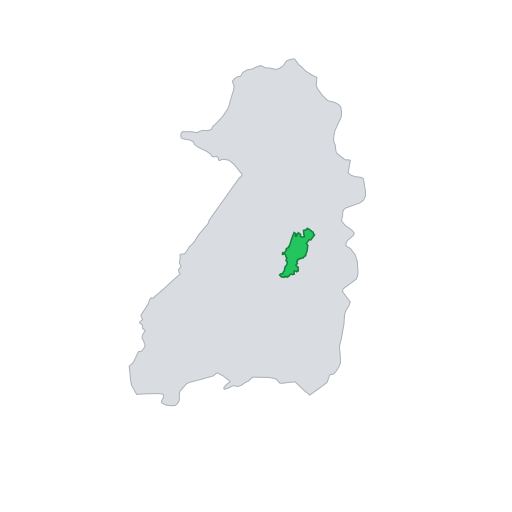 location of Passore, Passoré, Burkina Faso, rotated 126°
{"feature_id": "67063806B82563699600395", "entity_name": "Passore", "entity_type": "district", "adm_level": 2, "iso_a3": "BFA", "parent_name": "Burkina Faso", "parent_adm1": "Passoré", "projection": "albers", "projection_center": [-2.033, 12.893], "detail": "fine", "context": "in_parent", "style": "filled", "palette": "green", "viewbox_px": 512, "rotation_deg": 126, "n_neighbors": 0, "source": "geoboundaries", "source_scale": "gbopen_adm2", "svg_char_len": 7873}
<svg xmlns="http://www.w3.org/2000/svg" viewBox="0 0 512 512"><g transform="rotate(126 256 256)"><path d="M370.3,314.4L358.4,315.0L354.1,316.3L351.5,316.4L351.4,315.3L351.1,314.7L336.1,311.2L325.6,309.1L314.9,306.8L314.3,309.0L312.8,310.5L310.5,310.6L308.9,310.2L307.8,312.0L306.1,314.3L303.6,315.4L301.2,316.8L299.9,318.1L298.9,318.1L296.4,315.2L293.2,314.9L287.2,315.4L284.4,314.7L280.7,314.3L272.0,314.9L257.9,313.8L255.7,314.4L255.1,314.9L241.2,315.1L225.9,315.2L213.1,315.4L202.0,315.4L202.0,314.9L198.4,314.9L198.0,315.8L194.8,327.5L194.4,333.9L196.1,337.9L197.9,340.4L200.1,341.4L200.3,342.8L198.6,344.7L198.7,346.5L200.7,348.5L201.2,350.5L200.2,352.6L200.4,357.8L201.9,365.9L201.9,371.2L200.5,373.6L201.1,377.7L203.9,383.5L204.4,386.0L203.4,387.1L201.1,388.6L198.7,388.6L196.1,385.0L194.9,383.5L192.7,379.9L190.8,376.3L188.3,374.7L185.9,373.2L182.9,368.7L180.0,366.5L176.9,367.1L172.5,366.2L163.4,365.0L153.8,365.3L149.7,366.3L145.7,368.0L135.6,371.5L131.6,373.3L128.6,377.8L125.2,377.7L121.7,376.2L119.6,374.1L115.0,374.5L110.6,372.5L106.3,368.5L103.2,367.1L99.2,364.2L98.1,358.8L95.6,354.9L93.4,349.6L89.9,347.1L85.9,345.8L80.3,346.0L76.7,343.8L73.9,340.7L74.7,338.0L76.0,334.2L76.2,330.5L77.2,324.5L76.7,317.0L75.8,311.8L78.9,309.7L82.5,307.8L84.7,304.2L87.1,296.3L88.1,289.4L87.4,286.9L86.3,284.8L85.4,281.9L84.9,278.2L85.6,275.1L88.3,272.2L91.7,269.8L94.0,268.6L100.3,267.5L108.2,265.8L112.8,263.7L116.1,261.7L117.9,260.1L119.9,256.8L122.9,254.2L125.3,251.6L125.7,244.3L125.7,240.2L124.0,237.9L123.1,235.9L134.7,230.3L134.8,226.3L133.2,221.7L131.0,218.1L130.2,215.0L133.4,211.3L136.3,208.6L138.4,206.3L143.0,202.7L147.7,201.8L152.0,203.2L164.6,211.7L166.8,212.3L169.5,211.6L172.8,209.4L177.2,207.7L178.8,202.1L178.7,193.8L179.7,190.0L182.0,189.3L189.2,191.0L191.1,191.1L193.2,190.5L194.8,189.1L194.7,186.4L194.4,184.1L196.8,176.4L201.1,170.6L209.9,163.4L212.6,162.0L215.8,161.3L231.4,166.2L234.0,165.0L237.8,152.7L242.0,151.5L247.1,151.3L250.4,150.3L252.2,149.4L259.6,144.7L272.7,138.4L279.7,135.6L281.1,134.6L286.1,130.1L292.8,124.8L297.0,123.8L302.9,123.4L306.6,124.2L307.7,125.7L308.9,126.4L316.6,124.2L327.6,127.6L337.2,130.9L336.6,133.1L336.6,137.0L335.8,143.1L334.9,150.4L338.9,155.1L343.7,160.1L344.9,162.1L343.7,167.1L344.6,170.0L347.2,174.9L351.5,181.1L355.9,187.4L359.0,188.2L361.9,188.7L363.6,189.8L366.2,190.9L368.7,191.6L371.0,193.0L372.4,194.3L374.3,198.3L379.2,200.8L382.7,203.3L381.3,204.7L377.0,204.2L373.0,203.1L372.5,205.0L372.4,212.2L373.1,218.3L374.1,219.0L378.1,220.1L387.9,227.8L396.8,235.1L399.8,237.0L404.7,237.6L410.1,237.9L412.4,237.2L417.6,233.3L420.4,232.9L423.0,233.0L424.4,233.5L427.0,236.5L429.5,241.1L430.2,244.5L430.0,246.3L429.2,247.0L424.9,247.9L423.0,248.7L422.6,249.7L423.3,251.9L424.2,253.4L429.0,259.9L436.0,268.8L438.1,271.0L437.0,273.7L433.6,280.8L431.0,283.7L419.7,293.8L414.0,292.7L402.2,294.9L400.4,292.6L397.6,292.4L394.2,292.8L393.0,293.7L392.6,294.7L391.4,296.0L389.3,300.0L387.6,301.0L385.5,301.6L382.9,301.6L381.4,302.1L381.4,304.1L381.0,305.8L379.2,306.6L378.5,308.5L378.7,310.4L377.7,311.3L375.4,310.8L374.1,310.3L372.9,312.7L371.4,314.4L370.3,314.4Z" fill="#d9dde1" stroke="#a8b0b8" stroke-width="1"/><path d="M207.3,232.6L209.7,230.6L210.5,229.9L210.7,229.7L210.8,229.5L210.8,229.4L210.8,229.2L211.2,228.8L211.3,228.6L211.6,228.4L211.6,228.5L211.8,228.5L212.1,228.7L212.5,228.7L212.8,228.8L213.3,229.3L213.4,229.8L213.5,230.0L214.2,231.5L213.8,231.8L212.5,232.4L212.4,232.5L212.3,233.4L212.2,234.2L212.2,234.6L212.4,235.3L212.5,235.4L212.5,235.5L212.7,235.4L212.8,235.4L213.0,235.3L213.3,235.2L213.5,235.2L213.8,235.2L214.1,235.1L214.6,235.1L215.1,235.1L215.6,235.0L216.1,235.0L216.7,235.0L216.8,235.1L216.7,235.7L216.6,235.9L216.4,236.1L216.3,236.3L215.9,236.4L215.1,236.5L214.9,236.5L214.6,236.5L214.5,237.6L214.6,238.2L214.6,238.9L214.6,239.0L217.9,238.2L221.7,237.1L222.9,236.7L223.6,236.4L227.4,235.1L229.4,235.1L229.5,234.9L229.7,234.7L229.9,234.7L230.0,234.8L230.8,235.1L231.4,235.4L231.9,235.6L232.0,235.7L232.3,235.5L232.5,235.7L233.1,235.5L233.1,235.3L233.1,235.2L233.5,234.8L234.0,234.8L234.4,234.8L235.1,235.0L236.0,234.9L236.4,234.9L237.1,234.8L237.4,235.0L237.7,235.3L237.5,235.5L237.4,236.0L237.2,236.1L237.3,236.1L237.3,236.3L237.6,236.4L237.9,236.3L238.4,236.0L239.2,235.5L239.0,235.2L238.8,235.0L238.7,234.9L238.4,234.9L238.3,234.7L238.0,234.5L237.8,234.3L237.7,234.1L237.7,233.9L237.6,233.5L237.7,233.2L237.7,232.9L237.8,232.6L238.0,232.4L238.8,231.6L239.0,231.3L239.1,231.0L239.2,230.8L239.2,230.5L239.3,230.2L239.5,229.8L239.6,229.7L239.8,229.7L240.2,229.6L240.4,229.6L240.7,229.5L240.8,229.4L241.0,229.4L241.4,229.4L241.7,229.2L242.0,229.0L242.2,228.8L242.3,228.5L242.3,228.4L242.2,228.1L242.2,227.7L242.3,227.4L242.6,227.2L242.8,226.9L243.0,226.8L243.5,226.6L244.3,226.2L244.8,226.1L245.5,225.9L245.9,225.9L247.1,226.1L247.5,226.1L247.9,226.0L248.3,225.9L248.6,225.8L249.2,225.5L249.4,225.3L249.9,225.1L250.2,225.0L251.4,224.3L251.5,224.4L251.9,224.5L252.3,224.5L253.3,224.3L253.7,224.3L253.9,224.3L254.1,224.3L254.3,224.3L254.6,224.2L254.8,224.2L254.9,224.4L255.4,225.0L255.8,225.4L256.0,225.5L257.2,225.8L257.4,225.8L257.5,225.8L257.5,225.7L257.5,225.4L257.8,224.5L257.9,224.0L258.0,223.5L257.9,223.0L257.8,222.7L257.7,222.5L257.5,222.4L257.3,222.0L257.2,221.9L257.2,221.5L257.1,221.3L256.9,221.2L256.7,221.1L256.9,221.0L256.8,220.8L256.7,220.7L256.4,220.8L256.2,220.8L255.8,220.7L255.7,220.4L255.6,220.2L255.5,219.9L255.4,219.8L255.3,220.0L255.2,220.2L255.0,219.9L255.2,219.7L255.3,219.6L255.2,219.2L254.9,219.1L254.7,218.9L254.6,218.6L254.6,218.3L254.6,218.1L254.3,217.9L254.1,217.9L253.8,217.9L253.6,218.1L253.3,217.9L252.8,217.5L252.6,217.5L252.2,217.6L251.7,217.6L250.7,217.3L250.4,217.3L250.2,217.1L250.1,216.8L249.7,216.3L249.7,216.0L249.5,215.8L249.4,215.5L249.4,215.3L249.0,215.2L248.9,215.2L248.6,214.8L248.5,214.6L248.3,214.4L247.7,215.0L246.8,215.4L246.8,215.5L246.7,215.6L246.3,215.8L246.1,215.9L245.9,215.9L245.8,216.1L245.8,216.3L245.7,216.3L245.7,216.1L245.6,215.9L245.4,215.7L245.1,215.5L244.7,215.2L244.6,214.8L244.9,213.9L244.5,213.7L244.3,213.8L244.1,213.8L244.0,213.6L243.8,213.4L243.8,213.2L243.7,213.1L243.2,213.2L242.7,213.5L242.4,213.6L241.6,214.4L241.3,214.8L241.2,214.9L241.1,215.0L240.9,214.9L240.6,215.0L240.3,215.1L240.3,215.4L240.3,215.8L240.4,216.2L240.4,216.6L240.3,217.1L240.2,217.4L240.3,217.9L240.2,218.0L239.7,218.4L239.3,218.4L239.2,218.4L238.9,218.4L238.7,218.3L238.2,218.2L237.9,218.1L237.7,218.1L237.6,218.3L237.5,218.5L237.4,218.7L237.2,219.2L236.9,219.4L236.6,219.5L236.6,219.4L236.4,219.4L236.3,219.6L236.3,219.8L235.9,219.9L235.7,220.0L235.5,219.9L235.3,219.8L235.2,219.7L234.9,219.8L234.8,220.1L234.7,220.2L234.4,219.9L234.2,219.7L233.9,219.7L233.7,219.6L233.4,219.4L232.9,219.2L232.8,219.3L232.7,219.5L232.5,219.4L232.5,219.0L232.5,218.9L232.4,218.7L232.1,218.6L231.8,218.6L231.6,218.4L231.5,218.1L231.3,217.9L231.2,217.9L230.8,217.7L230.5,217.7L230.3,217.6L230.2,217.4L230.2,217.2L230.1,216.9L229.9,217.0L229.7,217.0L229.6,216.9L229.5,217.0L229.3,217.0L229.1,216.9L229.0,216.7L228.9,216.7L228.6,216.7L228.0,216.7L227.9,216.6L227.7,216.4L227.3,216.4L227.2,216.2L226.9,216.1L226.7,216.1L226.4,216.0L226.2,216.1L225.9,216.4L225.6,216.6L224.9,216.8L224.6,216.9L221.7,217.7L220.5,218.4L216.9,220.4L216.7,221.0L216.8,221.1L216.2,222.6L213.9,222.6L211.5,222.6L211.2,221.8L210.8,221.1L206.9,221.1L204.6,221.0L204.6,221.6L204.6,222.0L204.4,222.3L204.2,222.3L204.0,222.6L203.9,222.7L203.8,222.9L203.2,223.7L203.1,224.0L203.3,224.4L203.4,224.8L203.4,225.0L203.3,225.4L203.2,226.1L203.1,226.4L203.2,226.7L203.3,227.0L203.2,227.3L203.1,227.8L203.0,228.1L203.0,228.3L203.1,228.5L203.5,229.3L203.5,229.5L203.4,229.7L203.3,229.9L203.3,230.1L203.3,230.4L203.4,230.6L203.5,230.7L203.6,230.8L203.8,230.9L204.0,230.9L204.3,230.8L204.7,230.8L205.0,230.7L205.3,230.7L206.2,231.6L207.3,232.6Z" fill="#22c55e" stroke="#15803d" stroke-width="1.5"/></g></svg>